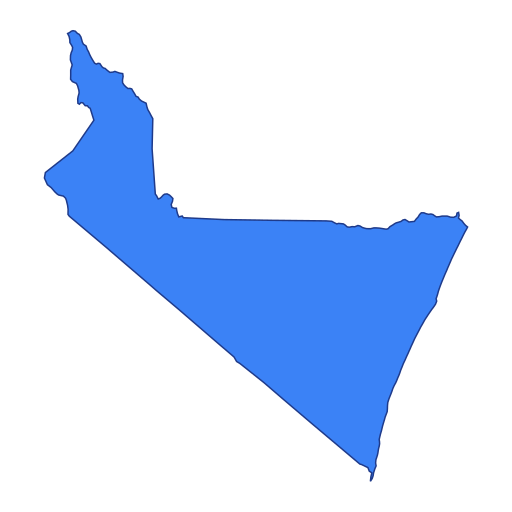 Mucuri, Bahia, Brazil (Equal Earth projection)
{"feature_id": "56859067B76032182131071", "entity_name": "Mucuri", "entity_type": "district", "adm_level": 2, "iso_a3": "BRA", "parent_name": "Brazil", "parent_adm1": "Bahia", "projection": "equal_earth", "projection_center": [-39.837, -18.037], "detail": "fine", "context": "isolated", "style": "filled", "palette": "blue", "viewbox_px": 512, "rotation_deg": 0, "n_neighbors": 0, "source": "geoboundaries", "source_scale": "gbopen_adm2", "svg_char_len": 3743}
<svg xmlns="http://www.w3.org/2000/svg" viewBox="0 0 512 512"><path d="M67.6,33.5L69.1,36.5L69.8,39.8L69.9,42.6L71.6,45.3L72.6,47.3L72.3,50.1L71.2,52.7L70.5,55.6L70.4,59.9L72.2,64.9L70.7,70.0L70.7,75.5L70.6,79.3L72.4,81.6L76.4,83.4L77.6,85.8L78.9,90.5L79.1,93.0L78.1,96.7L77.7,99.1L77.9,103.3L79.4,104.2L80.9,102.6L82.8,102.8L85.2,105.7L87.5,105.8L88.6,107.4L90.2,108.3L92.6,116.1L93.9,120.2L72.8,150.9L45.4,172.5L44.4,178.0L47.4,184.7L51.2,187.6L54.8,191.8L57.1,194.0L58.6,195.0L63.4,196.1L65.5,198.1L66.3,200.1L67.6,205.4L68.1,209.3L68.0,214.4L69.3,216.2L108.2,249.0L109.9,250.5L111.4,251.8L151.8,286.5L156.0,290.2L178.6,309.3L218.6,343.8L232.2,355.4L234.1,357.1L236.6,361.5L239.8,363.4L263.8,382.5L283.9,399.8L311.4,423.2L359.9,464.1L361.5,464.5L367.9,467.6L369.3,471.2L371.8,472.8L370.9,476.8L370.4,481.3L372.2,478.5L373.1,475.8L373.6,472.7L374.9,468.7L376.1,465.9L375.6,463.0L375.9,459.8L376.7,457.4L377.4,455.2L377.9,452.9L378.2,450.8L378.6,448.5L379.2,446.2L379.6,443.8L379.5,441.6L379.2,439.5L379.8,436.8L380.5,433.9L381.4,430.9L382.0,428.4L382.6,425.9L383.5,422.8L384.5,419.5L385.1,417.2L386.2,414.3L387.2,411.6L387.4,408.9L387.5,405.5L387.8,402.4L389.0,398.7L390.2,395.7L391.0,393.7L391.8,391.6L392.8,388.6L394.2,385.5L395.7,382.8L396.6,380.8L397.7,378.0L398.9,375.3L399.8,372.9L400.7,370.2L402.1,366.8L403.3,363.7L404.3,361.6L405.3,359.5L406.1,357.6L407.0,355.6L408.1,353.3L409.0,351.2L410.2,348.6L411.2,346.2L412.2,344.1L413.3,341.7L414.6,338.8L416.0,336.1L417.0,334.2L418.2,331.9L419.4,329.6L420.6,327.2L422.3,324.3L423.7,321.8L424.8,319.8L428.0,314.9L429.9,312.1L431.7,309.5L433.1,307.7L434.3,306.0L435.5,304.2L436.7,301.1L436.1,298.7L436.9,296.5L437.7,293.9L438.4,291.2L439.5,288.0L440.3,285.8L441.1,283.7L442.0,281.4L443.3,278.3L444.4,275.6L445.3,273.5L446.7,270.4L447.7,267.9L448.6,265.9L449.4,264.0L450.5,261.5L451.6,258.9L453.2,255.6L454.5,252.9L455.6,250.7L456.6,248.6L457.9,246.1L459.1,243.6L460.3,241.1L461.5,238.8L462.6,236.5L463.8,234.1L465.0,231.8L466.4,229.4L467.6,227.0L465.6,225.4L463.9,223.5L462.0,220.9L460.2,219.6L458.5,218.1L459.1,215.4L458.6,212.4L457.0,213.1L456.5,215.9L453.8,217.3L450.6,217.2L448.9,216.6L447.2,216.1L445.0,216.1L442.0,216.1L439.2,216.7L436.4,216.9L434.5,215.7L432.9,214.5L430.9,214.0L428.5,214.3L426.1,213.7L423.9,212.8L421.3,212.8L419.6,214.5L418.1,217.0L416.1,219.1L414.4,221.4L411.5,221.7L409.0,222.0L407.5,221.0L405.0,219.5L402.9,220.0L401.1,221.4L398.9,222.1L396.1,222.9L394.6,223.7L392.9,224.9L390.0,226.6L388.1,228.7L386.3,229.2L384.3,228.9L382.6,228.6L379.2,228.1L376.2,227.9L373.8,227.9L370.6,228.7L368.3,228.7L366.4,228.6L364.7,228.2L362.4,227.5L360.0,226.0L357.9,225.5L354.7,226.8L352.1,226.6L349.4,227.2L347.2,226.9L345.0,224.9L343.4,223.9L340.8,223.6L338.5,223.4L336.8,223.9L334.5,222.8L331.8,221.3L326.3,220.9L280.2,220.4L270.5,220.3L266.0,220.2L263.6,220.2L259.5,220.1L224.3,219.6L183.4,217.7L182.2,216.0L178.8,216.9L177.5,213.7L176.7,210.4L176.4,208.2L174.4,208.3L171.9,207.4L171.2,204.5L172.5,201.3L172.9,198.5L171.0,196.5L169.5,195.1L167.1,193.9L164.5,194.2L163.1,195.2L161.7,196.8L160.2,198.2L158.2,199.0L156.6,195.8L155.3,194.0L152.1,148.8L152.8,118.7L150.9,115.2L149.6,112.7L147.8,109.6L146.9,106.8L146.1,103.2L143.8,102.1L141.5,101.0L139.3,99.1L138.1,97.1L136.0,96.3L134.7,93.9L132.9,91.0L131.7,88.9L130.0,88.4L127.9,88.5L125.6,86.6L123.9,84.8L122.6,82.8L122.5,80.0L123.1,76.3L122.7,73.6L119.7,73.1L117.0,72.2L114.9,71.4L113.0,72.1L109.9,72.4L108.2,71.1L106.7,69.9L105.1,68.4L103.5,68.0L102.0,66.8L99.9,63.6L98.1,63.3L96.4,64.1L94.6,63.2L92.8,60.3L91.0,57.2L89.6,54.4L88.6,51.9L87.2,49.4L86.1,46.0L83.4,44.2L82.4,42.2L81.8,40.1L80.9,37.0L79.3,34.4L77.4,33.4L75.3,31.2L73.0,30.7L71.3,31.2L69.5,32.6L67.6,33.5Z" fill="#3b82f6" stroke="#1e3a8a" stroke-width="1.5"/></svg>